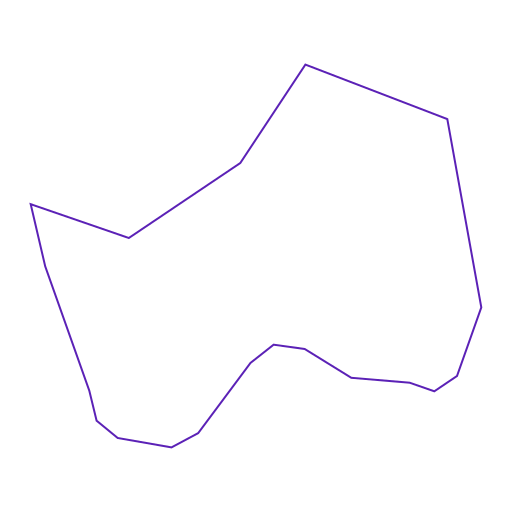 an SVG outline of Airai
{"feature_id": "PLW-5245", "entity_name": "Airai", "entity_type": "state/province", "adm_level": 1, "iso_a3": "PLW", "parent_name": "Palau", "parent_adm1": "", "projection": "mercator", "projection_center": [134.557, 7.394], "detail": "fine", "context": "isolated", "style": "outline", "palette": "violet", "viewbox_px": 512, "rotation_deg": 0, "n_neighbors": 0, "source": "natural_earth", "source_scale": "10m", "svg_char_len": 362}
<svg xmlns="http://www.w3.org/2000/svg" viewBox="0 0 512 512"><path d="M447.3,119.1L481.3,307.4L457.0,376.0L434.3,391.3L409.6,382.7L351.3,377.8L304.7,349.0L273.6,344.7L250.5,362.9L198.2,433.1L171.5,447.4L117.7,438.0L96.6,420.7L89.3,390.7L45.2,266.3L30.7,204.2L128.8,238.0L240.3,163.0L305.4,64.6L447.3,119.1Z" fill="none" stroke="#5b21b6" stroke-width="2"/></svg>